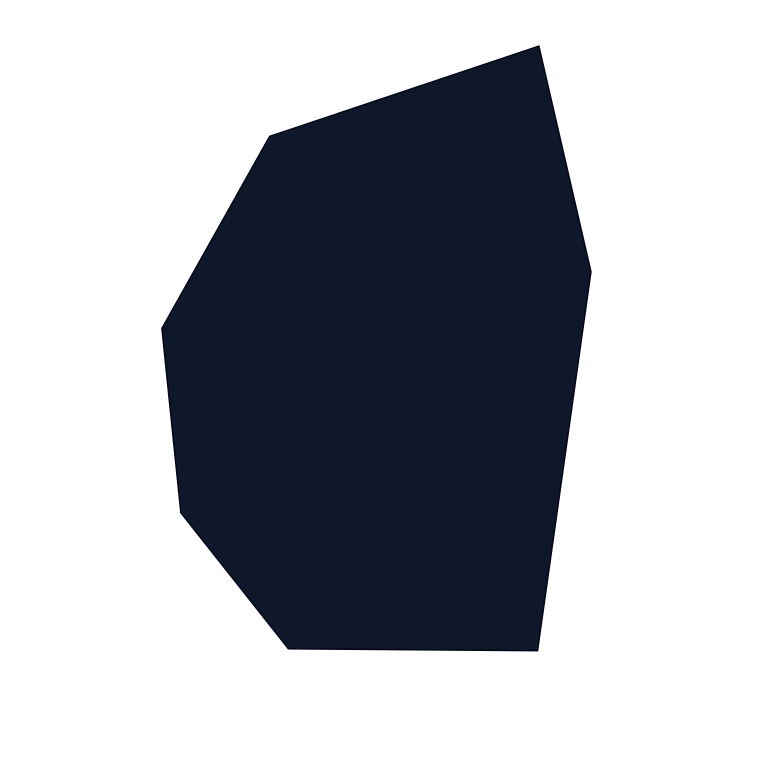 Maradi, Maradi, Niger, rotated 257°
{"feature_id": "23599985B96333695472040", "entity_name": "Maradi", "entity_type": "district", "adm_level": 2, "iso_a3": "NER", "parent_name": "Niger", "parent_adm1": "Maradi", "projection": "mercator", "projection_center": [7.133, 13.501], "detail": "fine", "context": "isolated", "style": "filled", "palette": "ink", "viewbox_px": 768, "rotation_deg": 257, "n_neighbors": 0, "source": "geoboundaries", "source_scale": "gbopen_adm2", "svg_char_len": 266}
<svg xmlns="http://www.w3.org/2000/svg" viewBox="0 0 768 768"><g transform="rotate(257 384 384)"><path d="M147.5,231.3L89.6,473.6L446.8,610.9L678.4,610.9L651.0,328.3L488.1,180.1L304.2,157.1L147.5,231.3Z" fill="#0f172a" stroke="#020617" stroke-width="1.5"/></g></svg>